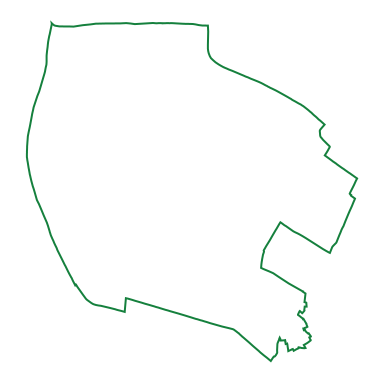 Lat Lum Kaeo, Pathum Thani, Thailand (Robinson projection)
{"feature_id": "78962969B45209726561008", "entity_name": "Lat Lum Kaeo", "entity_type": "district", "adm_level": 2, "iso_a3": "THA", "parent_name": "Thailand", "parent_adm1": "Pathum Thani", "projection": "robinson", "projection_center": [100.399, 14.041], "detail": "fine", "context": "isolated", "style": "outline", "palette": "green", "viewbox_px": 384, "rotation_deg": 0, "n_neighbors": 0, "source": "geoboundaries", "source_scale": "gbopen_adm2", "svg_char_len": 5823}
<svg xmlns="http://www.w3.org/2000/svg" viewBox="0 0 384 384"><path d="M124.7,311.9L125.9,298.2L126.8,298.4L127.8,298.6L132.3,299.9L135.1,300.8L141.4,302.6L144.9,303.7L149.2,304.9L152.2,305.8L154.0,306.3L156.1,307.0L158.4,307.6L160.2,308.2L165.4,309.8L168.0,310.5L169.9,311.1L172.3,311.8L178.6,313.6L180.9,314.3L182.6,314.8L184.6,315.4L191.1,317.4L193.3,318.1L195.2,318.7L196.2,319.0L197.2,319.2L200.7,320.3L202.0,320.6L204.5,321.4L206.3,321.9L209.1,322.8L210.0,323.1L222.0,326.5L229.1,328.2L232.6,329.1L233.4,329.4L233.8,329.6L236.9,331.9L237.7,332.6L238.7,333.2L239.4,334.0L241.4,335.8L242.0,336.4L242.7,337.0L243.1,337.3L249.0,342.4L253.1,346.1L255.9,348.5L258.7,350.9L260.5,352.6L263.9,355.4L267.0,357.8L270.8,361.0L273.3,357.2L274.0,356.5L274.3,356.6L274.5,356.6L274.8,356.4L275.7,355.4L276.2,354.6L277.1,353.0L277.2,352.7L277.1,350.1L277.4,344.0L277.5,343.6L277.7,342.9L278.7,340.5L279.1,339.6L279.2,338.9L279.7,337.7L280.2,338.7L280.5,339.6L280.6,340.5L281.6,340.5L284.3,340.3L285.1,340.1L285.4,341.3L285.2,341.4L285.7,344.0L287.1,343.5L287.3,344.1L287.3,344.6L287.5,345.0L287.5,345.5L287.6,346.4L288.1,349.4L288.3,351.1L291.3,349.7L291.9,349.3L292.8,349.0L293.7,350.8L296.5,349.2L298.5,348.3L298.4,347.8L298.4,347.5L298.5,347.3L299.8,347.5L300.5,347.7L301.6,348.0L304.2,348.2L304.7,348.2L305.5,348.0L303.8,345.0L306.8,343.3L308.4,342.2L310.7,340.4L310.7,340.0L310.1,339.1L309.3,337.4L310.9,336.5L310.9,336.4L308.7,333.3L308.2,333.6L306.2,331.9L305.8,331.4L305.5,331.0L305.0,329.9L304.9,329.9L304.0,330.3L303.9,330.3L303.4,328.6L303.6,328.6L303.9,328.4L304.8,327.9L306.6,327.3L307.4,326.8L306.2,323.7L306.3,323.6L305.0,321.5L304.5,320.6L303.5,318.9L303.0,319.2L302.4,318.2L301.5,317.6L300.4,316.7L299.7,316.1L298.0,314.9L298.0,314.5L298.1,314.3L299.4,311.5L299.6,311.2L299.8,311.0L302.2,313.2L302.8,312.6L304.4,310.7L304.5,310.5L304.3,309.6L304.4,309.2L304.6,307.5L304.7,306.6L306.6,306.6L306.3,302.7L306.2,302.6L304.5,302.1L305.3,295.3L305.5,293.5L302.8,291.7L302.9,291.4L302.6,291.3L301.7,290.8L288.8,283.5L279.0,277.1L273.2,273.2L269.2,271.4L263.6,269.1L261.1,267.9L261.4,264.3L261.7,261.9L262.2,258.9L262.8,255.8L262.9,255.1L263.4,253.5L263.7,252.7L264.0,251.6L263.7,250.6L264.0,249.9L264.9,248.4L266.2,246.1L269.3,241.1L270.2,239.6L272.3,235.9L275.8,229.9L276.4,229.0L279.3,224.0L280.4,222.3L281.6,223.1L284.5,225.3L285.8,226.0L293.3,231.3L295.2,232.3L297.6,233.4L299.7,234.5L302.5,236.1L305.8,238.1L318.5,246.2L323.2,249.2L324.6,250.0L325.6,250.6L327.0,251.4L328.8,252.4L329.9,252.9L332.0,247.6L332.4,246.8L332.5,246.6L333.9,245.1L336.2,242.8L336.4,242.5L338.4,237.5L339.4,235.0L340.4,232.7L341.6,229.6L342.1,228.6L342.9,227.0L343.2,226.7L343.3,226.5L345.5,220.9L346.5,218.5L348.5,213.7L349.8,210.7L351.0,208.1L351.9,206.1L353.6,201.9L354.5,199.9L355.0,198.6L351.0,195.7L350.9,195.6L350.8,195.4L351.1,194.9L349.8,193.9L349.7,193.7L350.5,191.9L352.9,187.2L354.0,185.0L355.9,180.8L357.1,178.5L350.1,173.5L348.7,172.6L347.4,171.7L346.6,171.1L345.4,170.3L344.1,169.3L343.2,168.7L342.4,168.2L341.4,167.5L339.7,166.3L338.3,165.3L337.2,164.5L335.6,163.2L335.2,163.0L334.9,162.7L334.6,162.6L333.4,161.7L333.1,161.6L332.0,160.7L329.2,158.6L327.8,157.6L324.8,155.4L326.9,152.1L327.5,151.1L329.6,147.3L329.8,146.9L329.8,146.7L329.7,146.5L329.2,145.9L327.3,144.1L323.3,140.1L322.5,139.2L321.5,137.9L321.3,137.8L321.0,137.4L320.6,136.9L320.2,135.8L319.8,131.3L319.8,130.7L320.0,130.2L320.2,129.8L320.4,129.5L321.9,127.7L324.6,124.6L320.6,121.0L319.8,120.3L318.7,119.5L316.8,117.6L315.7,116.6L314.2,115.4L312.8,114.1L311.6,112.9L311.3,112.6L310.1,111.7L309.0,110.7L307.7,109.6L304.0,106.7L303.2,106.1L301.7,105.2L301.1,104.7L298.4,103.3L295.3,101.5L292.3,99.9L290.8,98.8L289.8,98.3L288.3,97.4L285.3,95.7L283.7,94.8L278.3,91.8L275.9,90.5L272.0,88.6L270.0,87.7L269.4,87.3L268.1,86.7L267.0,86.0L265.5,85.3L262.8,83.8L260.8,82.8L258.1,81.6L254.4,80.1L250.6,78.6L248.0,77.4L245.5,76.5L243.8,75.7L240.2,74.2L238.6,73.5L232.2,70.8L228.8,69.5L226.4,68.4L225.3,68.0L223.9,67.3L223.7,67.3L220.8,65.7L218.6,64.4L215.5,62.3L213.0,60.1L211.0,58.2L209.8,56.1L208.7,53.2L208.2,51.1L207.9,48.8L207.9,44.7L208.2,31.6L207.9,25.6L202.2,25.5L198.9,25.1L195.5,24.4L192.8,24.0L188.8,23.9L186.4,23.9L181.8,23.7L171.4,23.1L169.5,23.2L167.8,23.1L162.7,23.3L162.7,23.2L159.1,23.1L156.5,23.3L152.9,23.0L134.8,24.1L130.5,23.5L126.3,23.1L120.1,23.4L104.8,23.5L95.7,23.7L90.6,24.4L82.7,25.2L73.6,26.6L70.4,26.5L59.4,26.4L55.7,25.8L54.5,25.5L54.3,25.4L52.5,24.0L51.7,23.2L51.8,23.8L51.8,24.1L49.7,34.3L49.2,36.2L48.2,41.5L47.9,43.9L47.6,47.0L47.1,50.7L46.7,54.5L46.6,55.8L46.6,61.8L46.5,63.4L46.4,64.7L46.2,65.6L45.8,67.2L45.6,68.2L45.3,69.8L45.0,71.6L44.4,73.8L42.0,81.9L40.9,85.7L39.3,91.1L38.9,92.2L37.4,95.9L36.1,99.8L33.6,107.4L33.1,109.9L32.4,112.9L32.2,113.8L31.6,117.2L30.3,124.2L29.7,127.3L28.8,131.4L27.9,136.0L27.8,136.9L27.6,139.7L27.1,146.5L27.1,147.8L27.0,150.6L26.9,151.2L27.0,151.8L26.9,153.8L26.9,156.4L26.9,157.2L27.1,158.2L27.2,159.2L27.4,160.6L27.7,162.1L27.9,163.4L28.6,167.8L28.9,169.3L29.5,172.6L29.8,174.4L30.1,175.5L30.8,178.6L31.4,181.1L32.8,186.3L33.6,188.6L34.7,192.3L35.7,195.8L36.9,200.0L37.3,200.8L38.3,202.8L38.8,203.7L40.8,208.4L42.1,211.5L43.7,215.4L46.9,222.7L47.4,224.2L48.0,225.9L48.5,227.6L49.6,231.2L49.8,232.1L50.2,233.2L50.7,234.9L51.1,235.9L52.6,239.3L53.2,240.5L54.3,243.2L55.4,245.5L56.6,247.9L57.4,250.1L58.7,252.7L62.7,260.7L64.7,264.8L65.5,266.2L67.5,270.3L68.4,272.1L69.8,274.8L70.6,276.2L71.0,277.0L71.6,277.9L72.0,278.8L72.8,280.6L74.5,283.9L75.2,285.3L75.9,284.5L76.0,284.6L77.4,286.9L79.1,289.3L83.0,294.8L84.4,296.7L85.7,298.5L86.4,299.3L87.2,300.0L90.1,302.1L91.2,302.9L92.8,303.9L94.0,304.4L96.0,305.0L98.6,305.5L100.9,305.8L104.3,306.6L106.4,307.1L110.2,308.0L114.1,309.0L115.3,309.3L116.8,309.8L117.2,309.9L118.3,310.2L121.2,310.9L124.7,311.9Z" fill="none" stroke="#15803d" stroke-width="2"/></svg>